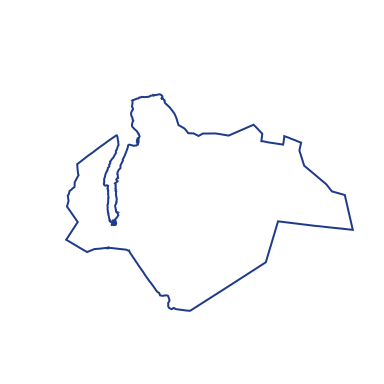 Omasvuotna sme 2, Troms, Norway (Mercator projection), rotated 332°
{"feature_id": "86288312B64496782861055", "entity_name": "Omasvuotna sme 2", "entity_type": "district", "adm_level": 2, "iso_a3": "NOR", "parent_name": "Norway", "parent_adm1": "Troms", "projection": "mercator", "projection_center": [20.196, 69.248], "detail": "fine", "context": "isolated", "style": "outline", "palette": "blue", "viewbox_px": 384, "rotation_deg": 332, "n_neighbors": 0, "source": "geoboundaries", "source_scale": "gbopen_adm2", "svg_char_len": 5999}
<svg xmlns="http://www.w3.org/2000/svg" viewBox="0 0 384 384"><g transform="rotate(332 192 192)"><path d="M58.5,175.1L68.8,192.0L69.6,193.3L69.9,193.6L70.1,194.0L71.0,195.4L71.3,195.8L79.2,196.6L84.8,199.1L85.5,199.3L91.3,201.6L91.2,201.8L91.3,201.8L91.1,202.0L91.7,202.3L91.8,201.9L93.9,203.2L106.9,212.1L108.6,214.3L109.0,214.3L108.8,215.0L108.8,217.1L109.1,219.0L109.2,220.8L109.6,224.4L109.8,225.9L109.8,227.2L110.2,229.5L110.2,231.1L111.4,240.4L111.5,242.2L111.6,243.5L111.9,245.5L111.9,246.5L112.3,248.3L112.3,249.3L112.5,250.1L112.6,251.2L112.8,251.8L112.9,252.5L113.1,253.9L113.2,254.5L113.5,256.3L113.6,257.2L113.7,257.8L113.7,258.4L114.0,260.1L114.0,261.5L114.2,262.4L114.3,263.2L114.8,264.5L115.4,265.4L115.7,265.8L115.3,267.5L115.3,268.3L116.2,269.0L117.4,270.0L118.7,270.3L119.8,270.7L121.1,271.4L121.8,272.0L122.0,272.3L122.1,272.7L121.5,276.3L121.2,277.3L118.9,278.8L118.1,280.4L117.5,281.4L117.3,281.9L117.3,282.5L117.3,282.9L117.5,283.8L118.0,284.4L118.3,285.0L119.0,285.9L120.4,285.9L121.1,285.7L121.6,285.9L122.6,287.7L131.8,294.3L134.6,296.0L178.8,292.5L224.2,288.7L254.2,258.3L284.1,279.2L316.2,300.9L325.5,266.4L315.8,257.1L314.2,248.2L303.4,221.4L306.3,205.8L311.5,199.6L309.9,197.9L307.3,194.6L304.5,191.5L303.0,189.6L299.7,186.0L298.7,187.6L297.1,189.8L295.6,191.8L294.7,192.9L282.8,184.1L278.7,180.7L277.1,179.7L281.4,173.6L278.9,164.5L277.9,161.5L250.8,159.4L243.2,153.5L240.3,151.4L229.1,145.5L224.1,145.6L221.0,141.1L216.3,138.3L215.8,135.4L215.3,132.7L213.9,130.3L211.5,126.6L212.8,119.9L213.0,118.6L213.3,114.6L212.8,111.2L212.0,106.5L211.7,106.0L211.5,105.1L211.1,104.1L211.0,103.5L210.7,102.9L210.0,100.8L210.1,100.0L210.1,99.5L210.2,99.2L210.6,98.9L210.8,98.3L210.6,97.7L210.4,96.9L210.3,96.1L210.3,95.9L209.9,95.7L209.0,95.5L209.0,95.4L209.0,95.0L209.2,94.8L209.8,94.7L210.3,94.1L210.8,93.7L210.8,93.4L210.8,93.1L210.4,92.2L209.9,91.1L209.4,90.6L207.2,89.8L205.7,89.6L204.9,89.0L203.2,88.8L203.2,88.7L203.3,88.2L203.2,88.0L202.8,88.2L201.6,88.0L200.5,87.5L199.3,87.7L198.4,87.6L196.9,86.9L194.5,85.9L193.0,84.8L192.4,84.6L192.2,84.4L191.6,84.5L190.4,84.1L190.1,83.9L189.8,83.8L188.7,84.2L187.3,83.8L186.9,83.6L185.6,83.6L185.1,83.4L184.0,83.4L183.0,83.1L182.5,83.3L182.1,83.2L182.1,84.0L180.8,86.2L179.1,88.3L179.1,90.1L178.6,91.5L177.9,91.7L175.6,93.3L174.9,94.3L174.4,95.8L174.2,97.2L174.3,98.3L174.1,98.7L173.7,99.9L173.5,100.5L173.8,101.2L171.8,102.9L170.8,104.2L170.1,105.2L170.0,106.4L170.4,108.1L170.7,109.5L171.1,110.1L171.8,112.3L172.2,115.7L171.9,115.8L172.0,117.4L171.7,118.5L170.5,119.2L169.7,120.2L169.7,119.4L169.2,119.1L168.5,120.0L167.6,120.4L167.2,121.8L167.8,122.3L168.4,121.8L168.7,122.2L168.2,122.7L167.9,123.2L166.7,123.0L167.0,124.1L166.6,124.7L165.9,124.6L164.4,124.8L163.2,124.1L162.3,123.9L159.9,121.6L158.8,120.7L157.6,120.8L156.3,122.3L156.1,122.7L155.6,123.0L154.2,124.4L149.4,128.5L145.8,131.1L145.7,131.9L141.5,134.8L141.1,135.3L140.9,135.9L140.5,136.5L140.1,137.3L137.6,138.1L136.5,139.0L135.5,139.6L135.2,140.2L134.7,140.8L134.4,141.3L134.4,141.7L134.5,142.0L133.6,143.9L133.5,144.5L133.4,144.9L133.0,145.0L132.3,144.8L131.5,145.2L130.9,145.6L131.1,146.8L131.4,147.4L131.3,147.7L130.1,148.0L129.7,147.9L129.2,148.1L128.1,148.1L127.9,148.2L128.2,149.0L128.0,149.4L128.0,149.9L127.3,150.6L127.3,151.3L127.0,151.7L126.9,152.1L126.4,152.5L126.2,152.8L126.0,153.0L126.1,154.0L125.4,154.3L125.0,154.9L125.3,155.4L125.4,155.7L125.4,156.0L124.8,156.6L124.2,157.5L123.2,159.4L123.2,160.3L122.7,161.3L122.6,162.0L122.2,163.0L121.9,163.4L121.6,163.9L121.3,164.2L120.9,165.2L120.4,165.2L120.2,165.4L120.0,166.2L119.8,166.5L118.1,167.5L117.4,168.5L117.2,169.4L116.8,170.9L116.5,171.5L116.5,172.0L116.4,172.3L116.1,172.7L116.1,173.4L115.8,173.8L115.9,174.2L116.2,174.5L115.8,174.4L115.8,174.5L116.3,174.9L116.3,175.3L116.3,177.1L116.1,177.6L116.1,177.9L113.6,179.3L111.5,180.0L111.0,180.3L111.0,180.5L110.2,180.5L108.8,180.0L108.7,180.2L108.7,180.5L109.3,181.1L110.1,181.1L110.9,181.7L110.9,182.0L110.3,182.6L110.6,183.1L110.5,183.7L110.2,184.4L109.5,184.8L109.3,185.1L109.0,185.1L108.2,184.8L107.5,184.6L106.7,183.9L105.7,183.5L105.8,183.2L106.2,183.2L107.3,183.6L108.1,184.4L109.5,184.5L110.0,184.2L110.2,183.8L110.2,183.5L110.2,183.2L109.3,182.8L109.1,182.2L107.7,181.9L106.6,181.4L106.5,180.7L106.2,180.3L106.3,179.9L106.5,179.5L106.5,179.1L106.1,179.2L105.7,179.1L105.8,178.4L106.1,177.9L106.4,177.1L106.5,176.3L106.8,175.6L107.0,174.8L107.3,174.1L107.3,173.4L107.6,173.0L107.6,172.6L107.7,172.2L108.3,171.6L108.1,171.1L108.2,170.3L108.6,169.6L109.0,169.2L109.1,168.5L109.2,167.9L109.6,167.1L110.4,166.0L110.5,165.4L111.3,163.9L111.5,163.5L112.0,163.3L113.0,162.0L113.1,161.6L113.8,160.6L114.5,159.2L115.0,158.6L115.1,158.1L115.5,158.0L115.5,157.6L115.7,157.4L115.9,157.3L116.0,156.8L116.5,155.7L116.9,154.4L117.2,153.9L117.6,153.6L117.8,153.0L117.9,152.3L118.2,151.8L118.7,151.6L118.9,151.1L118.8,150.5L118.8,150.0L119.0,149.6L119.0,149.2L119.3,149.1L119.7,149.0L119.8,148.8L119.9,148.2L120.2,147.6L120.7,147.4L120.8,147.3L120.5,146.6L120.0,146.1L118.6,145.8L118.2,145.4L118.0,145.1L117.8,144.0L118.0,143.4L118.5,143.0L118.6,142.7L118.9,142.6L119.4,141.5L120.2,140.0L120.4,139.4L120.9,139.1L121.3,138.6L122.7,137.2L124.1,135.5L125.6,134.3L126.3,134.1L126.6,133.5L127.3,133.4L127.8,132.7L128.5,132.2L128.7,131.6L129.1,131.2L130.8,130.7L131.1,130.3L131.4,129.9L131.5,129.1L131.8,128.9L132.6,128.7L133.5,128.0L133.6,127.9L133.6,127.0L133.9,126.8L134.3,126.5L134.9,126.4L136.8,125.3L137.8,125.0L138.4,124.9L139.1,124.3L139.6,124.1L140.9,123.1L142.1,122.6L142.7,121.9L143.4,121.6L144.0,120.1L145.9,118.9L148.2,116.6L148.6,116.3L149.2,116.1L150.0,113.9L150.6,112.9L150.7,111.8L152.0,108.7L152.2,106.7L151.9,106.5L151.6,106.5L141.3,107.7L136.2,108.5L129.8,109.3L122.8,110.5L117.1,111.2L104.2,113.5L103.7,113.5L101.4,118.8L100.0,122.4L99.8,123.8L93.0,128.3L90.9,132.0L90.4,132.5L88.1,132.8L87.1,133.2L84.5,133.6L82.0,136.3L80.8,136.7L80.6,137.0L78.8,141.9L74.8,146.2L77.0,164.9L58.5,175.1Z" fill="none" stroke="#1e3a8a" stroke-width="2"/></g></svg>